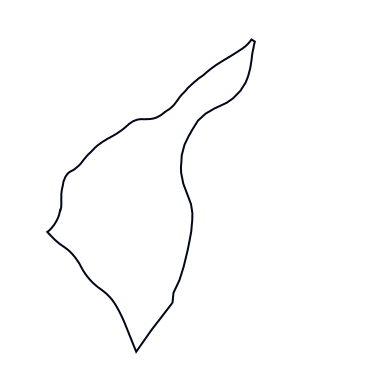 the district of Dordrecht, Zuid-Holland, Netherlands, rotated 323°
{"feature_id": "6326949B98267604037576", "entity_name": "Dordrecht", "entity_type": "district", "adm_level": 2, "iso_a3": "NLD", "parent_name": "Netherlands", "parent_adm1": "Zuid-Holland", "projection": "albers", "projection_center": [4.731, 51.769], "detail": "fine", "context": "isolated", "style": "outline", "palette": "ink", "viewbox_px": 384, "rotation_deg": 323, "n_neighbors": 0, "source": "geoboundaries", "source_scale": "gbopen_adm2", "svg_char_len": 5639}
<svg xmlns="http://www.w3.org/2000/svg" viewBox="0 0 384 384"><g transform="rotate(323 192 192)"><path d="M51.3,286.0L64.3,281.8L68.6,280.4L75.4,278.2L77.1,277.7L77.7,277.5L91.3,273.8L101.4,271.0L109.7,268.7L110.9,267.5L116.5,261.4L122.2,258.4L129.0,254.8L137.5,248.7L140.2,246.8L151.4,237.6L154.6,234.9L158.3,231.6L162.4,227.9L167.6,223.1L171.2,219.1L175.2,214.7L179.6,209.1L183.9,201.1L186.0,194.0L186.8,191.2L190.1,180.0L193.3,173.4L195.0,169.9L198.4,165.1L200.3,163.1L202.3,160.8L205.9,156.5L214.5,149.7L223.3,145.2L224.1,144.9L229.6,142.5L239.7,138.6L250.0,137.6L254.1,138.1L258.6,138.6L260.1,138.8L267.1,140.3L273.4,141.6L275.8,141.7L281.1,141.9L291.6,140.3L293.7,139.5L300.6,136.9L304.5,134.6L306.2,133.5L307.9,132.2L312.1,128.9L312.7,128.4L315.2,126.1L318.6,122.8L323.6,117.6L326.8,114.8L330.0,111.9L332.7,109.7L332.3,108.6L331.3,106.0L330.3,106.3L329.8,106.5L329.4,106.6L328.9,106.7L328.6,106.8L328.0,106.9L327.3,107.1L326.6,107.2L325.9,107.3L325.4,107.4L324.8,107.5L324.3,107.6L323.9,107.6L323.5,107.7L323.1,107.7L322.7,107.7L322.3,107.8L321.8,107.8L321.2,107.8L320.7,107.8L320.1,107.8L319.6,107.8L318.5,107.8L318.1,107.8L317.5,107.7L317.0,107.7L316.4,107.6L316.1,107.6L315.5,107.6L315.1,107.5L314.5,107.5L313.2,107.4L311.6,107.3L310.5,107.2L309.6,107.1L308.8,107.1L307.9,107.0L307.5,107.0L306.9,106.9L306.7,106.9L306.4,106.9L306.0,106.8L305.4,106.8L304.7,106.7L303.4,106.6L302.9,106.5L302.6,106.5L302.4,106.5L302.4,106.4L301.8,106.4L301.2,106.3L300.5,106.3L300.1,106.2L299.0,106.1L298.6,106.1L298.1,106.0L297.6,106.0L297.2,105.9L296.5,105.8L295.8,105.8L295.2,105.7L294.6,105.7L294.0,105.6L293.5,105.6L293.4,105.6L292.7,105.5L291.3,105.4L290.2,105.3L289.1,105.2L288.9,105.2L288.7,105.2L287.9,105.1L286.3,105.1L284.2,105.0L280.0,105.0L275.5,105.2L271.8,105.5L270.0,105.5L268.5,105.4L267.4,105.4L266.9,105.4L265.8,105.3L265.4,105.3L264.4,105.4L264.1,105.4L260.1,105.6L256.3,105.9L254.8,106.1L251.6,106.4L251.1,106.4L248.2,107.2L246.3,107.5L245.2,107.7L242.8,108.0L241.9,108.2L241.4,108.3L240.6,108.5L238.6,109.0L236.0,109.9L233.1,110.7L230.8,111.4L230.6,111.4L230.0,111.6L228.6,111.8L227.1,112.0L225.5,112.1L224.5,112.1L224.1,112.2L222.9,112.1L222.5,112.1L221.3,111.9L221.2,111.9L220.9,111.9L220.6,111.9L219.7,111.9L218.4,111.8L218.0,111.8L217.7,111.8L217.2,111.9L216.8,111.9L216.5,111.9L216.3,111.9L215.3,111.9L214.7,111.9L214.1,111.9L213.6,111.9L213.2,111.9L212.7,111.8L212.4,111.8L212.1,111.7L211.7,111.7L211.4,111.6L211.0,111.6L210.7,111.5L210.3,111.4L209.9,111.4L209.5,111.3L209.2,111.3L208.8,111.2L208.5,111.2L208.0,111.0L207.3,110.8L207.2,110.7L205.9,110.3L205.4,110.1L205.2,109.9L204.1,109.4L203.9,109.3L202.3,108.4L200.7,107.3L199.3,106.3L197.7,105.2L196.1,103.9L195.9,103.7L195.5,103.4L195.2,103.2L194.8,102.9L194.6,102.8L194.4,102.6L194.2,102.5L193.9,102.4L193.6,102.2L193.4,102.1L193.1,101.9L192.8,101.8L192.6,101.7L192.2,101.5L191.9,101.4L191.5,101.2L191.1,101.1L190.7,100.9L190.3,100.8L190.0,100.7L189.7,100.6L189.2,100.5L188.8,100.4L188.3,100.3L188.2,100.2L187.7,100.1L187.3,100.1L186.7,100.0L186.3,99.9L185.9,99.9L185.1,99.9L184.8,99.9L184.2,99.8L183.5,99.8L182.9,99.8L182.3,99.8L182.2,99.8L181.9,99.9L181.7,99.9L181.3,99.9L180.7,100.0L180.2,100.0L179.5,100.0L179.0,100.1L178.5,100.1L177.7,100.2L177.1,100.2L176.6,100.2L176.0,100.3L175.0,100.3L174.5,100.3L172.3,100.3L167.8,100.1L165.2,99.9L164.0,99.7L162.1,99.5L160.9,99.3L159.1,99.1L157.5,98.8L156.0,98.6L154.4,98.5L152.9,98.3L151.5,98.2L151.3,98.1L151.0,98.1L150.6,98.1L145.9,98.0L144.2,98.0L142.9,98.1L142.4,98.2L141.7,98.2L140.7,98.3L140.2,98.4L139.2,98.6L138.3,98.7L136.1,99.1L135.4,99.2L134.7,99.3L133.5,99.4L132.4,99.5L131.3,99.6L129.0,100.1L128.2,100.3L126.0,100.8L123.6,101.4L123.4,101.5L122.8,101.6L122.3,101.8L121.8,102.0L121.5,102.0L121.2,102.1L120.5,102.3L119.9,102.5L119.4,102.5L119.2,102.6L118.9,102.6L118.3,102.7L117.4,102.8L117.0,102.8L116.6,102.9L116.3,102.9L115.8,102.9L114.8,103.0L114.0,103.0L113.5,103.0L113.2,103.0L112.7,103.1L112.3,103.1L112.1,103.1L111.9,103.1L111.7,103.1L111.3,103.1L111.0,103.1L110.8,103.0L110.6,103.0L110.4,103.0L110.1,102.9L109.7,102.9L109.4,102.8L109.1,102.8L108.8,102.7L108.5,102.7L108.2,102.6L107.9,102.6L107.6,102.5L107.3,102.5L107.0,102.5L106.8,102.4L106.5,102.4L106.3,102.4L106.2,102.4L104.8,102.4L103.4,102.6L101.5,103.2L100.1,103.7L99.0,104.3L95.7,106.3L92.3,109.4L89.5,111.8L86.4,115.0L85.5,116.2L84.4,117.7L83.9,118.2L83.6,118.7L83.2,119.2L83.1,119.3L81.6,121.4L80.7,122.5L80.1,123.3L79.8,123.7L79.5,124.1L78.7,125.0L78.4,125.4L77.8,125.9L77.5,126.2L77.1,126.5L76.8,126.8L75.8,127.5L75.7,127.2L74.2,128.5L72.3,130.1L70.6,131.3L69.0,132.2L66.9,133.3L64.0,134.5L61.9,135.3L59.5,135.9L57.5,136.4L54.6,136.8L52.4,136.8L52.7,140.0L52.8,140.0L53.0,142.1L53.4,145.3L53.7,147.4L54.0,148.9L54.4,150.8L54.5,151.2L55.1,153.8L55.8,156.0L56.9,159.3L57.5,161.2L57.9,162.7L58.4,164.9L58.5,165.3L59.0,168.8L59.1,169.6L59.1,170.6L59.2,171.2L59.2,172.2L59.3,173.6L59.3,175.2L59.2,175.9L59.2,176.8L59.2,177.5L59.1,178.2L59.1,178.9L59.1,179.5L59.1,180.0L58.9,181.8L58.6,183.7L58.4,184.6L58.4,184.8L58.2,186.4L57.8,189.1L57.8,189.5L57.7,189.7L57.7,189.8L57.7,190.0L57.7,190.5L57.7,190.8L57.6,192.2L57.5,192.8L57.5,196.1L57.5,196.6L57.7,200.8L57.8,201.5L58.0,203.2L58.0,203.4L58.0,203.6L58.1,204.3L58.2,205.0L58.5,206.5L58.9,208.4L59.7,211.7L60.9,215.6L61.8,218.9L61.9,219.3L62.1,220.3L62.4,221.4L63.0,225.6L63.3,229.0L63.3,229.5L63.3,230.8L63.3,231.9L63.2,233.4L63.2,234.6L63.0,236.1L62.8,238.4L62.7,238.8L62.2,242.6L61.5,246.4L60.5,251.5L59.6,255.1L59.2,256.9L58.6,258.9L58.4,259.6L57.9,261.7L57.3,263.8L55.6,270.0L55.2,271.6L54.9,272.8L53.7,277.0L52.5,281.5L51.3,286.0Z" fill="none" stroke="#020617" stroke-width="2"/></g></svg>